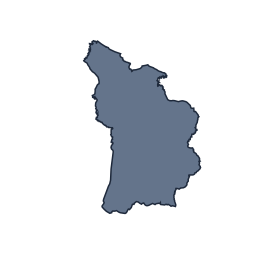 the district of Srae Ambel, Kaôh Kong, Cambodia, rotated 146°
{"feature_id": "14789045B17636878370616", "entity_name": "Srae Ambel", "entity_type": "district", "adm_level": 2, "iso_a3": "KHM", "parent_name": "Cambodia", "parent_adm1": "Kaôh Kong", "projection": "orthographic", "projection_center": [103.727, 11.257], "detail": "fine", "context": "isolated", "style": "filled", "palette": "slate", "viewbox_px": 256, "rotation_deg": 146, "n_neighbors": 0, "source": "geoboundaries", "source_scale": "gbopen_adm2", "svg_char_len": 5740}
<svg xmlns="http://www.w3.org/2000/svg" viewBox="0 0 256 256"><g transform="rotate(146 128 128)"><path d="M132.6,36.4L131.8,37.0L131.2,37.9L130.4,41.1L129.8,42.1L129.8,42.9L129.3,43.4L128.7,45.0L128.1,45.6L127.7,46.5L127.0,47.0L126.6,46.9L126.4,47.4L125.8,47.5L125.5,48.4L124.9,48.5L125.0,48.8L124.7,49.3L124.2,49.2L123.6,49.8L122.7,50.1L122.2,51.0L121.9,51.1L121.3,50.3L120.7,50.1L119.8,48.7L118.0,48.8L115.3,47.4L113.3,47.2L111.2,47.8L110.5,48.5L110.1,49.3L108.8,50.0L108.0,50.1L107.3,50.9L106.9,51.7L104.1,53.6L104.4,54.3L103.7,54.9L100.4,52.8L99.4,52.6L98.4,52.7L97.5,53.4L96.5,52.9L95.3,53.5L93.7,53.3L93.1,53.6L91.7,53.7L90.0,54.6L90.0,55.2L89.6,55.7L89.7,57.3L89.6,57.9L88.8,58.4L87.9,59.8L87.8,60.6L86.9,60.3L87.0,60.8L86.6,61.1L86.6,61.5L85.7,62.8L85.6,65.9L86.1,66.7L85.9,68.8L86.9,71.2L86.6,71.5L86.7,72.0L86.2,72.5L86.3,73.0L85.6,73.6L85.8,74.3L85.6,75.2L85.8,75.6L86.6,75.9L87.6,76.7L88.4,77.6L88.9,78.9L88.4,79.9L87.1,80.5L86.9,82.6L85.9,83.5L85.3,82.8L85.0,82.9L84.6,83.8L83.8,84.3L83.4,83.7L82.9,83.6L82.2,84.7L81.3,85.0L81.0,85.5L80.4,85.5L80.0,85.1L79.4,86.3L79.1,86.4L78.6,87.1L77.5,86.5L77.2,86.1L76.7,86.1L76.0,86.7L75.3,86.3L74.8,86.4L74.0,87.2L74.0,87.5L73.7,87.8L72.9,87.6L72.0,87.6L71.7,88.3L72.5,89.4L72.2,89.8L72.1,90.8L71.3,90.7L70.0,92.5L67.4,94.0L66.0,95.6L65.6,95.7L64.3,97.4L62.9,97.7L63.1,98.6L62.6,99.4L62.8,103.8L63.1,104.2L63.9,104.5L64.0,104.8L62.4,107.7L63.9,108.5L64.6,109.5L63.8,111.9L64.7,116.2L65.3,117.5L67.4,119.9L68.8,120.7L71.5,121.7L74.1,124.6L75.4,125.7L76.6,126.2L78.1,127.3L78.8,128.4L79.2,129.4L78.2,135.8L77.2,137.1L77.0,138.5L77.1,138.8L76.6,139.3L77.0,139.8L77.1,140.5L77.4,140.9L77.2,141.0L76.9,140.6L76.8,141.0L77.0,141.2L76.5,142.1L76.5,142.7L76.3,142.9L76.0,142.7L76.0,143.2L76.1,144.2L76.5,144.3L76.5,144.7L77.1,145.2L77.4,145.0L77.7,146.1L79.3,146.0L79.0,146.7L78.4,146.8L78.2,147.3L78.3,147.4L79.4,147.0L79.1,147.5L78.0,148.5L77.3,148.5L76.7,148.2L77.0,149.1L76.3,149.5L77.1,149.8L76.6,150.9L77.4,150.9L77.4,151.1L76.3,151.4L75.7,152.2L74.8,152.7L74.4,152.4L74.3,151.6L73.7,152.5L73.2,152.6L72.6,151.7L72.8,151.0L72.3,150.7L71.5,151.9L71.1,151.2L70.6,151.0L69.7,151.7L69.4,150.4L69.5,150.1L70.2,149.9L70.3,149.4L69.7,149.3L68.2,150.1L67.9,149.9L68.1,148.7L67.6,148.7L66.5,149.9L66.9,150.6L66.4,151.7L66.8,152.3L66.7,152.7L67.0,153.4L67.6,153.8L69.1,155.7L69.2,156.3L69.9,156.9L71.0,158.6L71.6,160.4L72.9,162.5L73.2,163.6L75.6,166.9L76.1,168.0L76.2,169.3L78.2,170.0L81.6,171.5L82.1,171.0L83.3,170.6L84.8,170.5L88.8,171.8L91.5,173.3L92.1,173.3L92.4,172.8L93.2,172.8L92.7,174.9L93.1,175.7L93.7,176.0L93.2,178.1L91.0,179.5L90.3,179.7L90.1,180.0L90.1,180.6L90.4,181.0L90.9,181.0L91.0,181.6L91.5,182.5L92.5,183.5L93.2,184.9L93.7,185.1L93.9,185.6L93.8,186.8L94.3,187.4L93.9,187.7L93.7,188.5L93.3,188.9L94.4,191.2L94.0,192.8L93.5,193.3L92.6,193.7L96.3,198.6L99.0,203.1L99.5,204.4L99.4,205.6L100.0,206.5L100.9,207.3L100.7,207.6L101.4,208.6L103.1,212.5L104.6,217.0L105.5,216.8L106.4,216.0L106.6,216.0L106.7,216.3L106.1,216.9L106.2,217.9L107.3,218.5L107.6,219.5L107.9,219.6L109.7,219.5L110.0,218.9L109.8,217.6L110.6,217.2L110.9,217.2L111.6,218.6L112.7,219.5L112.9,219.1L112.2,218.5L112.2,218.0L114.5,216.8L114.2,216.1L114.7,215.2L115.1,215.1L115.2,214.5L116.0,215.2L116.1,214.9L116.6,214.7L116.3,214.5L116.2,214.0L115.6,214.1L115.8,213.9L116.0,213.2L116.5,213.4L116.7,213.0L116.9,213.3L117.1,212.7L117.6,212.9L117.8,212.6L118.2,212.6L118.3,212.3L118.9,212.3L119.3,212.0L119.3,211.7L119.7,211.8L119.7,211.4L119.2,211.2L119.6,210.8L120.2,210.5L120.5,210.7L121.2,210.7L121.5,210.4L121.5,210.1L121.9,210.0L122.2,209.7L122.6,209.7L123.0,209.2L123.4,209.7L123.5,209.4L124.3,209.6L124.3,209.3L124.7,209.2L125.2,209.5L125.3,208.9L127.0,208.6L127.0,207.7L125.7,204.8L125.7,204.0L126.0,203.0L125.9,200.2L126.4,198.1L126.0,194.6L125.0,192.1L124.4,186.8L125.9,182.8L127.2,181.0L128.6,181.0L129.4,180.8L132.5,179.0L133.5,178.6L134.7,176.8L136.4,174.8L137.9,174.6L139.4,174.9L139.6,174.5L139.6,173.9L140.1,173.2L138.5,172.6L139.3,172.3L139.5,171.9L139.5,171.1L139.3,170.5L138.6,170.2L138.5,170.5L138.9,170.9L138.8,171.4L138.4,171.7L138.0,171.3L137.8,168.8L138.1,168.2L140.8,166.8L142.7,164.4L142.7,163.3L143.0,162.7L143.2,162.4L143.8,162.3L143.9,162.0L143.9,161.1L143.6,160.6L143.8,160.4L143.8,159.6L144.6,159.9L146.0,158.5L145.9,157.9L145.5,157.5L146.0,156.9L145.9,156.6L145.1,156.9L145.6,156.3L145.6,155.4L146.5,155.2L147.6,153.8L147.8,153.8L148.3,154.4L149.6,153.3L149.1,152.2L149.2,151.1L149.0,150.9L148.8,151.1L148.7,151.6L148.1,150.5L148.3,149.5L147.3,148.9L147.2,147.8L146.5,147.5L146.3,147.1L146.6,146.3L146.0,143.9L145.2,142.2L145.0,142.3L145.0,140.8L143.8,139.9L143.8,139.3L143.6,139.1L143.1,138.9L142.2,137.9L140.8,137.0L140.8,136.4L141.1,136.0L141.3,136.0L141.2,136.3L141.4,136.4L142.9,136.0L144.5,133.7L145.1,132.5L145.9,132.3L146.3,130.7L145.8,129.1L146.1,128.8L146.6,128.7L147.1,127.3L147.5,127.2L148.0,127.3L149.8,125.7L149.0,125.0L149.4,124.6L148.9,123.9L149.6,123.3L151.4,122.7L152.2,122.2L152.3,121.7L153.0,121.3L153.4,119.7L153.0,117.9L153.5,116.6L165.0,103.4L171.6,94.5L174.4,91.9L176.7,90.7L188.0,82.6L189.3,81.3L189.5,79.5L190.7,78.7L192.8,78.0L193.3,77.6L193.6,76.8L193.2,73.9L192.5,71.0L190.8,67.5L188.9,66.9L187.9,67.7L187.2,67.7L185.1,66.3L183.8,66.0L182.5,63.1L181.7,62.0L178.2,58.8L176.7,58.7L173.3,60.5L172.9,60.5L172.4,59.5L172.1,59.5L171.1,60.0L169.9,60.1L167.1,62.2L166.3,62.0L165.9,61.4L165.2,61.6L164.8,62.1L162.2,62.3L160.9,60.9L160.3,59.0L159.4,57.3L158.4,57.5L156.9,57.0L156.9,54.9L156.3,53.5L155.6,52.9L154.1,52.3L149.8,51.7L148.4,49.4L147.0,49.5L144.4,48.3L143.7,47.6L143.0,47.9L143.8,46.6L143.7,46.3L140.6,43.7L139.1,43.5L138.5,42.4L137.5,42.3L136.3,40.1L136.2,39.3L135.4,38.8L134.6,38.7L132.6,36.4Z" fill="#64748b" stroke="#1e293b" stroke-width="1.5"/></g></svg>